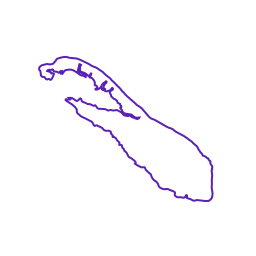 the district of Aniwa, Vanuatu, rotated 297°
{"feature_id": "77236927B97444346691075", "entity_name": "Aniwa", "entity_type": "district", "adm_level": 2, "iso_a3": "VUT", "parent_name": "Vanuatu", "parent_adm1": "", "projection": "mercator", "projection_center": [169.604, -19.244], "detail": "fine", "context": "isolated", "style": "outline", "palette": "violet", "viewbox_px": 256, "rotation_deg": 297, "n_neighbors": 0, "source": "geoboundaries", "source_scale": "gbopen_adm2", "svg_char_len": 4821}
<svg xmlns="http://www.w3.org/2000/svg" viewBox="0 0 256 256"><g transform="rotate(297 128 128)"><path d="M138.9,109.8L137.3,107.6L136.9,107.0L136.2,104.4L134.5,102.3L134.5,99.3L133.0,95.7L131.8,93.1L131.7,92.4L131.8,91.8L132.9,89.7L133.3,88.4L132.3,87.6L132.1,86.9L132.0,83.5L131.8,82.8L131.0,81.1L131.1,78.6L130.7,75.9L130.9,74.7L132.7,73.0L132.8,72.2L132.6,71.9L129.6,70.8L129.2,70.5L128.8,69.7L128.7,69.3L129.3,65.1L129.0,63.6L128.2,62.1L128.1,63.0L127.9,63.6L127.6,63.7L127.2,63.6L126.8,62.9L125.4,59.7L125.2,59.5L124.6,59.7L124.3,60.4L123.6,67.3L122.7,71.1L121.4,73.7L120.8,74.2L119.2,75.0L118.7,75.5L118.1,76.7L117.0,81.2L117.2,87.3L117.1,90.1L117.2,92.6L116.5,94.1L114.8,96.6L114.8,97.5L115.0,97.8L115.8,98.3L116.2,99.1L116.3,102.8L116.3,105.0L115.4,107.0L115.3,108.6L115.5,109.6L116.7,111.7L117.0,114.0L116.5,114.6L115.2,115.5L114.4,117.9L114.1,118.1L113.4,118.1L113.1,118.4L113.2,118.8L113.7,119.6L113.4,121.5L113.2,122.2L111.9,124.1L111.2,126.7L110.8,127.2L109.4,127.6L109.0,128.0L109.8,129.6L109.8,130.3L107.8,132.0L107.4,133.8L106.4,134.7L106.0,135.2L105.4,137.8L102.6,141.7L102.5,144.9L101.7,148.9L100.8,150.5L100.4,150.7L99.4,150.4L99.2,151.1L99.0,154.5L99.0,157.8L100.4,160.2L100.4,161.0L98.7,163.0L97.5,167.2L97.1,169.3L95.3,171.1L93.8,173.4L93.3,174.9L93.1,177.1L92.8,178.3L91.8,180.1L90.1,181.8L89.6,183.0L89.4,184.0L89.4,185.9L89.8,187.6L90.3,188.9L91.3,190.1L91.7,191.7L92.2,197.8L92.1,198.7L91.7,199.2L89.7,200.0L89.0,200.7L88.7,202.8L88.7,203.4L90.1,206.1L91.2,209.4L92.3,210.3L94.1,210.2L94.6,210.5L94.7,211.2L93.9,211.7L92.5,212.2L92.5,213.4L93.0,215.9L92.9,217.7L93.0,219.4L93.5,220.3L95.1,222.1L96.3,225.3L98.0,229.9L99.5,232.7L100.4,233.5L102.8,234.3L103.7,234.4L105.0,234.2L107.7,233.2L109.1,232.4L112.4,229.9L117.1,227.7L120.1,226.1L123.8,224.6L126.0,223.3L128.0,221.8L129.4,221.8L130.0,221.1L131.5,220.9L132.4,220.0L133.4,218.0L133.9,217.4L135.6,216.7L135.8,216.4L135.9,215.6L136.2,214.4L137.3,213.4L137.1,212.3L137.7,210.2L137.4,207.2L138.7,205.4L139.2,203.6L140.4,201.7L140.8,200.7L142.5,198.5L143.1,197.2L144.1,192.8L144.7,191.5L146.2,182.0L146.4,172.9L146.6,170.8L147.2,168.5L147.2,166.7L146.8,164.5L146.7,161.8L147.4,148.0L147.0,144.9L147.0,143.7L147.6,141.4L151.7,131.5L152.2,129.1L152.5,125.5L153.5,122.2L156.1,112.0L156.7,110.2L157.6,108.2L158.0,106.5L160.0,102.1L161.0,98.5L162.3,95.0L163.0,92.2L164.1,89.6L165.3,83.7L166.1,81.0L166.6,79.6L166.8,76.5L167.3,73.2L167.3,71.4L166.9,68.3L167.3,63.4L167.0,53.5L166.6,50.7L163.9,43.7L163.3,40.6L161.9,38.3L160.4,36.4L157.6,33.5L157.0,33.2L154.7,33.0L154.4,32.9L151.7,32.2L151.0,31.9L149.6,30.1L149.2,29.6L148.2,26.6L144.6,22.6L142.4,21.6L141.1,21.6L140.0,22.1L139.5,22.8L139.0,23.9L138.4,24.5L135.3,26.6L134.8,27.7L134.8,28.9L135.3,30.0L135.3,30.8L134.4,32.6L134.4,33.6L135.4,34.7L135.8,35.5L135.8,36.2L135.6,36.9L136.6,37.7L139.5,37.8L142.2,37.6L142.6,37.3L142.7,37.1L142.7,36.0L141.8,35.1L141.8,34.7L142.4,34.3L142.7,33.6L142.0,30.1L142.4,30.0L143.4,30.5L144.0,31.1L144.8,33.0L146.0,34.3L145.9,34.7L145.3,35.2L145.0,36.1L145.0,37.0L145.9,39.2L145.7,40.8L146.1,41.3L148.1,42.2L148.8,43.1L148.9,43.7L148.7,43.9L147.9,43.9L146.1,43.1L145.9,43.3L145.9,43.5L146.4,44.2L146.5,45.0L148.8,45.3L150.2,45.6L151.4,46.3L153.3,49.0L154.2,50.9L154.5,52.8L154.5,54.8L154.2,57.8L153.6,61.2L153.7,62.8L154.4,64.5L154.2,67.2L154.6,67.2L154.9,66.9L155.3,66.4L155.8,65.1L155.9,58.2L155.9,57.5L157.6,56.9L160.1,56.5L160.8,56.2L162.8,55.8L162.9,56.1L162.9,57.6L162.3,57.6L160.7,57.3L159.6,58.1L157.8,58.9L156.8,60.2L156.9,61.6L157.3,63.7L157.3,64.9L156.8,68.0L156.4,68.8L156.4,69.6L156.9,70.0L159.4,70.1L159.9,70.3L159.9,70.6L159.6,70.8L155.7,71.0L155.7,71.3L156.1,72.5L156.1,73.4L155.7,74.4L155.1,75.8L154.1,77.1L153.4,77.8L151.2,78.9L151.0,79.2L151.3,80.3L151.2,81.0L150.7,81.9L150.2,82.3L149.5,82.2L148.1,81.3L147.8,81.3L147.7,81.4L147.6,82.0L147.8,82.4L148.8,83.6L150.0,84.4L150.4,84.7L152.0,85.2L155.1,85.3L156.4,85.6L157.0,85.8L158.1,86.6L159.5,87.0L159.7,87.3L159.5,88.0L158.9,88.2L156.4,87.4L154.3,87.4L153.5,87.5L152.5,88.2L152.4,89.7L152.2,90.0L151.1,89.6L150.8,89.8L150.8,90.4L150.6,90.7L150.7,91.7L151.1,92.6L153.2,94.7L154.4,95.2L156.5,95.7L156.5,96.3L156.1,96.9L155.3,97.0L152.8,95.6L151.8,95.5L151.0,95.9L149.8,97.8L148.7,98.5L148.5,98.9L147.6,102.0L147.7,104.0L147.1,106.1L145.8,107.3L145.7,108.3L145.9,109.8L145.1,110.4L144.6,111.7L144.0,112.4L143.4,112.5L143.0,111.9L142.4,111.9L141.2,114.3L139.8,116.3L139.5,117.3L139.6,119.1L141.4,124.6L141.3,126.2L140.7,127.9L140.7,129.5L141.2,131.4L142.5,133.4L141.8,133.4L140.9,132.7L140.3,132.4L140.1,132.0L139.5,126.2L139.7,125.3L140.4,125.0L140.4,124.5L138.6,122.4L138.2,121.4L137.6,119.1L137.8,117.6L138.4,116.6L138.9,114.7L139.0,111.9L138.9,109.8ZM150.6,87.3L150.5,88.1L151.4,88.1L151.8,87.6L151.8,87.0L151.5,86.7L151.1,86.6L150.6,87.3Z" fill="none" stroke="#5b21b6" stroke-width="2"/></g></svg>